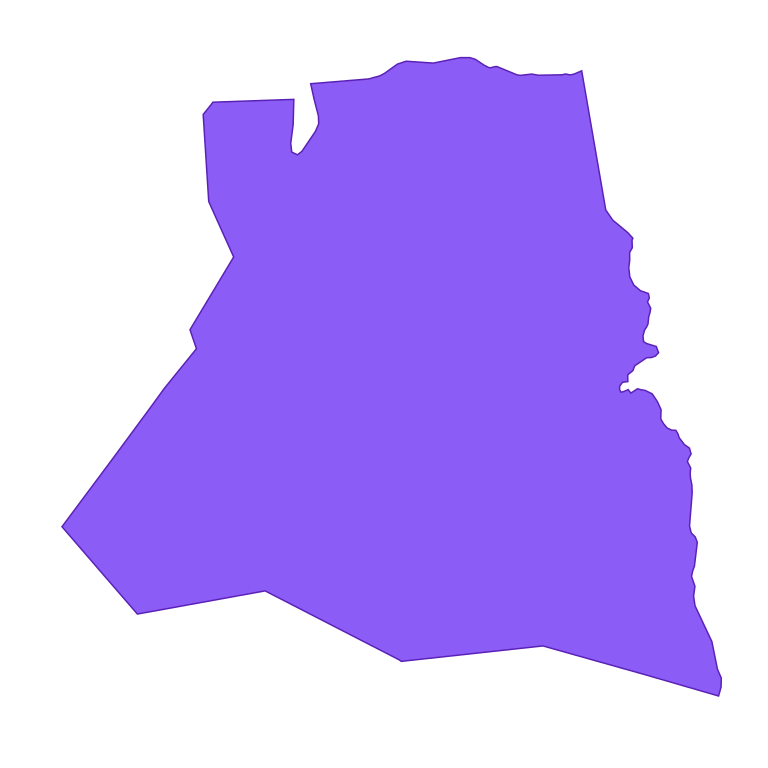 SVG path tracing the border of Hodh el Gharbi, rotated 178°
{"feature_id": "MRT-2797", "entity_name": "Hodh el Gharbi", "entity_type": "Region", "adm_level": 1, "iso_a3": "MRT", "parent_name": "Mauritania", "parent_adm1": "", "projection": "natural_earth1", "projection_center": [-10.311, 16.544], "detail": "fine", "context": "isolated", "style": "filled", "palette": "violet", "viewbox_px": 768, "rotation_deg": 178, "n_neighbors": 0, "source": "natural_earth", "source_scale": "10m", "svg_char_len": 1781}
<svg xmlns="http://www.w3.org/2000/svg" viewBox="0 0 768 768"><g transform="rotate(178 384 384)"><path d="M545.1,671.6L541.5,671.6L512.8,671.6L504.7,671.6L464.2,671.6L465.7,646.6L468.8,627.8L468.1,619.0L462.5,616.1L457.9,619.4L443.7,638.9L440.2,646.2L440.2,654.2L444.0,671.5L446.8,686.7L388.8,689.4L377.4,692.1L372.7,694.4L359.5,703.2L350.6,705.8L323.5,703.0L296.3,707.5L286.8,707.2L281.4,705.3L272.9,699.2L268.1,696.5L266.3,696.4L262.0,697.3L260.0,697.3L240.0,688.2L236.7,687.7L225.5,688.6L219.0,687.2L195.2,686.8L191.7,687.5L187.1,686.4L183.2,687.1L175.5,690.1L156.3,550.2L149.7,539.8L134.9,526.6L130.2,521.0L131.1,519.2L131.1,511.5L133.9,506.9L134.1,499.2L135.3,491.7L134.6,482.5L131.0,474.3L124.5,468.3L116.6,465.2L115.8,460.7L117.8,456.8L114.8,450.4L115.6,446.3L117.0,442.3L118.1,434.7L119.6,431.7L121.6,429.0L123.5,423.1L123.1,417.3L120.2,415.3L110.6,412.0L108.5,405.7L111.7,402.5L115.8,401.1L120.6,401.1L132.7,393.5L134.8,388.7L140.1,384.7L140.2,377.9L145.6,377.4L148.6,373.5L148.7,370.0L147.4,367.5L144.0,368.3L140.2,369.9L137.6,366.3L130.8,370.4L127.0,369.2L123.3,368.5L116.3,364.8L111.4,356.9L108.0,348.7L108.6,339.4L106.1,334.7L102.6,330.2L98.2,327.9L93.9,327.5L92.0,324.0L90.8,319.9L85.9,313.0L81.0,309.3L79.5,303.4L81.8,299.8L83.5,295.9L80.4,289.3L81.1,284.4L81.0,279.6L79.8,272.2L79.8,264.5L83.6,231.5L82.2,224.5L78.3,220.3L76.4,214.8L80.1,191.2L82.1,186.2L83.4,181.0L80.3,171.0L82.0,161.1L80.9,151.5L65.3,115.1L60.7,87.3L57.2,78.4L57.7,69.4L60.5,60.5L134.9,84.9L234.4,116.7L376.5,106.2L378.3,107.7L510.1,181.4L638.5,162.7L670.8,202.8L710.8,252.6L657.6,319.0L618.5,368.3L603.6,387.4L570.2,425.8L576.0,445.0L529.8,516.2L539.7,540.3L552.8,572.5L555.3,659.7L546.9,669.4L545.6,671.1L545.1,671.6L545.1,671.6Z" fill="#8b5cf6" stroke="#5b21b6" stroke-width="1.5"/></g></svg>